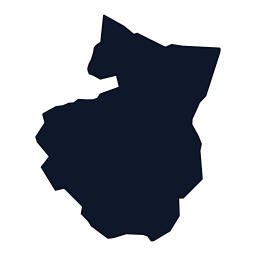 the district of Nsit Atai, Akwa Ibom, Nigeria
{"feature_id": "59680162B33769534671223", "entity_name": "Nsit Atai", "entity_type": "district", "adm_level": 2, "iso_a3": "NGA", "parent_name": "Nigeria", "parent_adm1": "Akwa Ibom", "projection": "mercator", "projection_center": [8.032, 4.828], "detail": "fine", "context": "isolated", "style": "filled", "palette": "ink", "viewbox_px": 256, "rotation_deg": 0, "n_neighbors": 0, "source": "geoboundaries", "source_scale": "gbopen_adm2", "svg_char_len": 936}
<svg xmlns="http://www.w3.org/2000/svg" viewBox="0 0 256 256"><path d="M151.2,240.6L153.3,240.6L169.8,230.8L179.0,215.7L178.4,197.9L183.2,197.8L202.0,178.9L199.7,150.5L201.1,143.9L198.1,136.4L191.6,124.5L191.8,119.3L192.1,118.4L193.4,115.6L198.0,105.4L199.3,102.3L205.6,95.8L219.7,51.9L220.0,49.3L219.4,48.3L182.2,46.4L171.9,44.7L165.3,47.5L147.1,38.5L137.2,33.5L133.7,34.6L123.9,26.5L104.0,15.4L103.8,15.5L101.0,42.4L96.7,45.2L94.6,47.6L93.7,52.9L91.6,59.7L89.5,63.6L88.0,68.4L88.2,70.3L89.4,73.6L93.1,74.9L100.4,78.9L116.6,74.8L119.6,87.2L100.3,94.2L97.6,98.4L93.3,100.0L85.8,100.1L78.3,99.6L73.8,103.1L69.0,103.4L63.2,105.9L56.0,106.9L43.5,113.7L43.0,114.5L45.2,122.8L36.0,136.9L37.6,142.0L49.6,156.4L49.6,156.7L41.5,167.1L55.5,190.0L64.3,187.9L82.8,206.4L81.5,213.7L88.5,220.9L91.6,225.8L107.8,237.9L109.0,238.0L114.5,237.1L126.1,233.5L143.3,234.2L147.9,235.9L151.2,240.6Z" fill="#0f172a" stroke="#020617" stroke-width="1.5"/></svg>